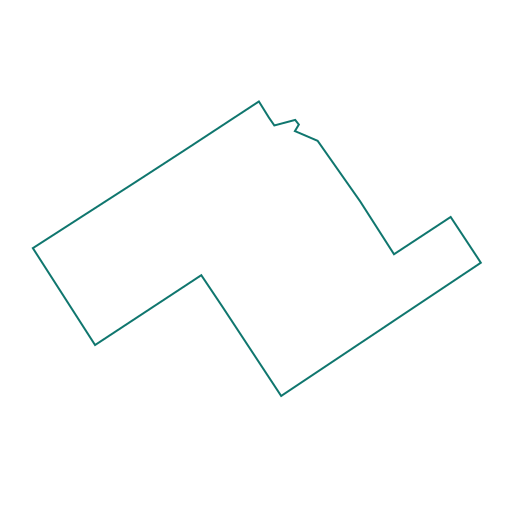 Phelps, Missouri, United States of America, rotated 56°
{"feature_id": "52423323B59210924893707", "entity_name": "Phelps", "entity_type": "district", "adm_level": 2, "iso_a3": "USA", "parent_name": "United States of America", "parent_adm1": "Missouri", "projection": "albers", "projection_center": [-91.813, 37.876], "detail": "fine", "context": "isolated", "style": "outline", "palette": "teal", "viewbox_px": 512, "rotation_deg": 56, "n_neighbors": 0, "source": "geoboundaries", "source_scale": "gbopen_adm2", "svg_char_len": 401}
<svg xmlns="http://www.w3.org/2000/svg" viewBox="0 0 512 512"><g transform="rotate(56 256 256)"><path d="M382.5,73.3L332.5,72.8L331.7,140.6L268.8,139.1L195.0,140.5L174.2,153.9L171.0,147.0L165.1,147.4L158.0,167.8L148.4,167.9L129.5,167.2L128.4,252.9L127.4,310.4L124.7,436.6L239.8,439.2L241.3,312.1L279.0,312.2L386.1,313.4L387.3,73.4L382.5,73.3Z" fill="none" stroke="#0f766e" stroke-width="2"/></g></svg>